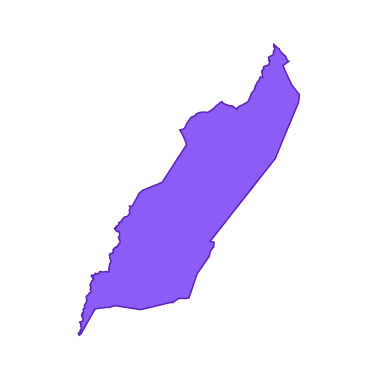 Santiago del Río, Oaxaca, Mexico, rotated 8°
{"feature_id": "50627088B48530858037738", "entity_name": "Santiago del Río", "entity_type": "district", "adm_level": 2, "iso_a3": "MEX", "parent_name": "Mexico", "parent_adm1": "Oaxaca", "projection": "robinson", "projection_center": [-98.116, 17.433], "detail": "fine", "context": "isolated", "style": "filled", "palette": "violet", "viewbox_px": 384, "rotation_deg": 8, "n_neighbors": 0, "source": "geoboundaries", "source_scale": "gbopen_adm2", "svg_char_len": 4978}
<svg xmlns="http://www.w3.org/2000/svg" viewBox="0 0 384 384"><g transform="rotate(8 192 192)"><path d="M284.9,80.7L284.2,80.0L275.8,72.0L268.2,60.2L264.5,54.2L269.7,49.1L268.9,48.9L267.7,47.6L265.8,44.6L262.1,42.2L259.3,39.6L258.4,38.0L256.0,36.9L254.0,35.5L252.5,34.4L252.5,34.7L252.6,35.1L252.4,35.7L252.6,36.4L253.0,37.1L253.6,37.4L254.1,38.4L254.0,39.3L253.5,40.1L253.1,41.2L253.4,41.6L253.3,42.5L253.3,43.5L253.2,44.7L252.7,45.3L251.2,46.3L249.4,47.6L249.0,48.0L249.1,48.3L249.2,48.7L249.8,50.0L249.6,51.0L249.8,51.0L250.4,50.9L250.9,51.1L251.1,52.2L250.7,52.3L250.5,53.7L250.5,54.8L250.3,55.2L249.9,55.6L249.4,55.9L248.8,56.1L248.5,56.4L247.3,56.8L245.3,58.1L245.9,60.5L245.2,60.8L244.2,62.4L244.3,63.5L244.7,63.9L244.7,64.3L245.0,64.8L245.1,65.9L245.6,67.0L246.1,68.5L243.8,68.4L242.7,71.8L242.8,72.4L242.2,73.0L242.0,73.5L241.2,74.5L240.6,77.2L240.1,77.6L239.9,78.8L240.0,79.4L239.7,79.9L239.9,80.5L239.4,81.5L239.5,82.5L237.8,84.8L237.0,86.4L237.0,87.4L236.7,87.8L236.4,89.7L236.3,90.6L235.8,91.0L235.7,91.6L235.7,92.3L235.5,93.1L235.2,93.8L234.6,94.8L234.3,95.2L233.5,95.9L232.2,96.9L231.8,97.2L231.2,97.8L230.7,97.9L230.5,98.3L229.9,98.7L228.9,99.2L227.7,100.0L226.7,100.7L226.2,101.5L225.2,102.3L225.2,103.1L224.9,104.0L221.1,101.7L219.5,101.1L217.5,101.4L212.8,100.5L210.4,99.8L209.4,98.4L207.8,99.1L206.2,101.1L203.9,103.2L202.7,105.2L200.5,107.5L196.5,111.2L194.6,110.9L191.3,111.5L189.2,111.9L186.9,113.1L185.0,114.5L184.2,116.3L182.4,117.1L182.0,117.3L180.4,118.4L180.0,119.4L179.0,121.6L177.5,124.3L177.0,126.0L175.8,129.7L174.3,131.0L172.4,131.9L171.3,132.3L174.7,136.5L179.0,143.6L180.0,145.9L161.0,186.7L143.1,197.0L140.0,200.4L134.7,214.5L132.1,214.7L132.7,215.6L132.7,215.9L132.9,216.4L133.0,216.9L132.8,217.2L132.6,218.0L132.4,218.3L132.5,218.8L132.6,219.4L133.0,220.5L133.2,221.1L133.2,221.5L133.0,222.4L132.6,223.1L132.2,223.5L132.1,224.3L131.5,224.8L130.8,225.3L130.2,225.6L129.2,225.8L128.2,226.6L128.0,227.0L127.6,227.5L127.3,228.0L127.0,228.8L126.2,229.6L126.1,230.1L126.1,230.7L125.5,231.5L124.2,232.1L123.7,232.7L124.1,233.8L123.8,235.0L122.6,235.8L121.9,236.3L121.6,237.1L122.1,237.7L122.2,238.1L121.7,238.2L120.9,238.1L120.3,239.0L120.7,239.3L121.0,239.7L121.4,240.1L122.0,240.5L122.3,240.9L122.6,241.2L122.9,241.4L123.2,241.7L124.1,241.5L124.9,241.2L125.9,243.0L126.2,244.3L126.4,244.4L126.3,245.6L125.9,246.2L125.4,246.7L125.5,247.1L125.8,247.5L126.0,247.9L126.3,248.3L126.7,248.2L126.5,249.4L126.9,249.5L127.6,250.8L127.7,251.5L127.7,252.3L127.1,253.1L126.7,253.8L126.2,254.4L126.1,255.2L125.2,256.3L125.4,256.9L124.7,256.9L124.6,257.4L124.0,257.5L123.9,257.9L123.2,258.0L122.8,258.5L121.8,260.2L122.1,260.6L122.1,261.1L122.4,261.0L122.3,262.0L122.3,262.6L121.9,263.1L121.9,263.8L119.8,264.2L119.2,265.0L118.9,265.9L119.8,267.3L119.7,268.8L120.5,269.9L121.4,273.0L121.1,273.8L120.3,274.8L120.6,276.2L120.5,277.7L120.4,279.4L120.3,280.7L121.2,282.6L120.1,282.9L117.7,282.7L116.3,283.3L114.9,283.7L113.2,283.5L112.5,283.5L112.0,283.5L111.6,283.7L111.4,284.4L111.1,285.3L111.1,285.8L110.9,286.0L109.2,286.0L108.5,286.1L108.3,286.9L107.8,286.9L107.4,286.3L107.1,287.1L107.1,287.9L106.4,287.9L105.9,288.0L105.3,288.0L104.6,288.1L104.2,288.5L104.0,289.0L104.1,289.6L104.5,289.9L105.2,290.0L106.0,289.9L106.0,290.1L105.6,290.4L105.5,290.9L105.7,291.2L106.2,291.3L106.5,291.4L106.3,291.8L106.4,292.5L106.6,292.6L106.0,293.3L105.6,293.3L103.8,298.3L104.2,298.7L104.7,298.9L104.6,299.4L105.1,299.8L105.1,300.5L105.1,301.2L104.9,301.9L104.7,302.9L106.0,304.4L106.0,305.2L105.5,305.8L104.8,305.9L104.2,306.3L104.0,308.0L102.9,308.9L102.4,309.0L102.3,309.5L101.8,310.0L102.1,310.8L102.1,311.7L102.3,312.6L102.6,313.1L102.9,313.8L102.7,315.3L102.5,316.3L102.1,317.3L102.1,317.5L101.9,317.7L101.6,318.0L101.5,318.6L101.2,319.7L101.7,320.6L101.8,321.4L101.7,322.2L101.1,322.5L100.6,323.0L100.5,323.8L101.1,324.7L101.3,325.5L101.1,326.1L100.7,326.4L100.6,327.2L100.1,327.5L100.2,328.1L100.5,328.3L100.2,328.5L100.2,328.9L100.4,329.0L99.9,329.2L99.9,329.6L100.1,329.9L100.0,330.2L100.4,330.8L101.0,331.3L101.4,331.5L101.5,332.5L102.1,333.5L101.5,334.3L101.5,335.0L100.9,335.5L99.9,336.0L99.1,336.3L99.0,336.9L99.6,337.0L100.0,337.4L100.0,337.7L100.4,338.0L100.3,338.4L100.2,339.2L100.3,339.9L100.7,340.6L101.2,341.5L101.5,341.9L101.3,342.6L101.3,343.3L100.9,343.7L100.7,344.1L101.0,344.5L101.0,345.0L101.2,345.3L100.9,345.5L100.5,345.4L100.4,346.5L99.9,346.6L99.5,347.0L99.1,347.7L99.7,348.9L100.2,349.6L101.8,348.0L112.1,321.6L114.9,320.4L121.9,318.6L123.8,318.1L126.9,317.6L130.6,315.5L132.4,315.4L133.1,315.3L157.7,315.6L187.4,303.9L187.9,304.4L190.2,302.6L193.5,299.3L201.0,298.2L203.7,297.4L208.4,272.6L209.0,271.3L217.0,255.3L217.7,254.3L218.0,252.9L218.2,251.4L218.2,250.4L218.3,249.6L218.8,247.4L220.4,244.5L221.1,243.6L220.9,238.7L216.8,238.3L222.7,228.2L231.2,213.6L237.1,203.4L251.7,178.5L253.8,174.7L266.2,153.5L269.9,147.1L274.5,128.7L277.0,119.1L281.2,103.4L285.0,88.7L284.9,80.7Z" fill="#8b5cf6" stroke="#5b21b6" stroke-width="1.5"/></g></svg>